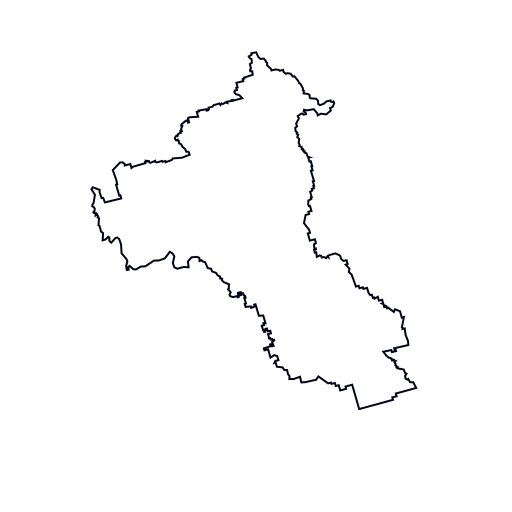 outline of Cootamundra-Gundagai, New South Wales, Australia, rotated 156°
{"feature_id": "25037944B16131127641558", "entity_name": "Cootamundra-Gundagai", "entity_type": "district", "adm_level": 2, "iso_a3": "AUS", "parent_name": "Australia", "parent_adm1": "New South Wales", "projection": "equal_earth", "projection_center": [148.025, -34.809], "detail": "fine", "context": "isolated", "style": "outline", "palette": "ink", "viewbox_px": 512, "rotation_deg": 156, "n_neighbors": 0, "source": "geoboundaries", "source_scale": "gbopen_adm2", "svg_char_len": 6143}
<svg xmlns="http://www.w3.org/2000/svg" viewBox="0 0 512 512"><g transform="rotate(156 256 256)"><path d="M173.0,442.0L177.8,443.1L178.2,441.6L181.4,441.3L181.3,439.5L180.0,437.6L181.2,434.2L183.5,433.8L184.3,429.5L185.8,428.4L186.1,427.1L184.3,426.3L185.3,422.9L194.3,423.8L194.5,422.8L196.2,423.0L196.5,420.9L203.5,422.2L204.2,417.5L205.6,417.7L205.9,415.4L208.1,415.8L209.2,414.2L208.6,412.1L205.8,409.7L204.4,405.7L214.0,407.3L213.8,408.1L214.9,408.3L215.0,407.5L219.9,408.8L220.0,407.4L221.7,408.7L224.5,408.3L225.5,409.4L227.1,408.4L227.4,410.2L233.5,411.0L235.0,410.1L238.9,410.8L239.1,409.5L240.3,409.7L240.4,408.6L242.0,408.9L241.8,410.3L249.2,412.2L249.3,411.3L251.5,411.7L252.2,406.7L260.4,409.8L262.1,409.6L262.8,405.3L263.9,405.5L263.5,407.9L264.8,408.2L270.6,406.5L271.4,405.4L270.5,404.7L272.9,402.3L272.9,400.2L274.4,400.8L274.6,399.1L277.3,399.2L279.0,397.4L279.7,398.3L281.8,397.3L282.4,396.0L282.0,394.2L280.3,394.1L280.6,393.3L279.7,392.8L280.4,390.2L278.9,388.4L278.7,385.5L277.2,382.5L277.3,379.7L275.2,378.6L275.4,375.5L283.7,375.9L292.3,379.0L293.8,378.0L300.4,378.4L300.2,379.6L303.1,380.1L303.2,381.1L308.3,381.7L309.6,382.7L309.4,384.0L314.2,384.0L315.4,384.9L315.2,386.3L317.7,387.7L317.6,386.7L319.2,387.0L319.4,385.8L331.9,387.6L334.0,387.0L333.4,391.1L339.1,392.1L338.5,393.3L339.7,395.8L342.2,396.7L351.9,392.7L352.7,382.4L353.6,377.9L354.8,378.1L356.4,366.8L355.2,366.6L355.7,363.4L372.2,366.4L372.0,371.2L373.5,371.7L373.0,377.8L371.9,380.0L377.2,385.2L379.2,383.9L378.2,377.5L382.9,370.4L384.8,369.2L385.3,367.9L384.2,366.6L384.1,364.7L385.3,362.7L386.7,362.2L386.5,361.0L384.9,360.3L386.0,358.3L384.2,358.7L384.2,356.0L384.9,355.7L384.1,354.3L387.4,348.1L386.7,347.1L387.6,341.3L386.4,339.1L389.7,332.7L386.6,332.3L383.1,333.7L382.5,332.5L383.8,329.3L382.8,327.1L376.9,329.6L375.2,329.3L374.1,327.0L374.6,321.4L377.7,313.2L375.6,305.9L375.7,303.4L378.6,299.8L379.7,295.8L378.0,295.3L377.0,297.9L375.5,298.4L373.4,293.8L371.1,292.5L365.6,293.2L361.3,291.6L351.1,293.3L346.5,291.4L340.2,290.9L333.0,294.9L331.1,292.0L330.8,288.8L334.8,283.4L335.2,279.0L333.1,276.4L326.6,275.4L322.2,273.1L320.4,278.7L315.4,281.0L310.3,279.2L308.5,277.4L309.6,274.4L307.5,274.4L307.4,273.2L305.0,271.0L305.0,264.6L302.3,262.7L302.3,259.6L299.4,256.9L298.9,253.9L297.2,251.8L297.9,250.1L296.2,249.0L297.0,247.7L296.1,245.3L292.2,241.1L294.2,237.2L295.0,237.0L293.9,233.1L296.0,231.3L295.8,229.6L293.6,227.8L289.4,227.0L289.6,225.8L288.4,225.7L288.3,226.9L285.3,226.4L285.1,228.0L287.9,228.5L287.5,229.7L284.6,229.2L284.9,227.6L283.0,227.3L282.9,223.9L282.2,223.7L282.5,222.1L283.8,222.3L284.5,216.7L285.8,216.8L286.2,213.7L281.3,212.1L281.5,210.5L277.6,210.5L277.4,212.3L276.1,212.1L277.7,200.2L273.6,198.7L274.7,190.7L276.5,191.6L276.8,189.6L279.1,190.0L279.7,185.4L279.1,185.3L279.4,183.3L278.5,183.1L278.3,184.4L277.0,184.1L276.8,185.6L275.5,185.3L275.9,182.4L273.4,181.9L273.8,179.3L276.8,179.7L277.4,175.7L278.3,175.5L276.4,175.2L276.6,173.8L275.1,173.5L275.3,171.8L274.0,171.6L273.5,173.0L273.7,171.5L276.3,171.0L276.5,166.7L278.2,167.1L277.9,169.2L279.1,169.5L279.5,167.7L286.4,168.4L286.6,166.4L282.9,165.8L284.1,157.3L279.5,158.0L277.3,155.8L277.9,151.7L281.0,152.3L282.7,150.8L281.4,150.6L282.0,146.4L277.0,143.4L276.6,140.5L274.0,139.1L274.8,135.2L274.3,132.5L275.6,130.0L271.8,128.3L264.9,127.8L266.0,122.1L262.7,120.8L251.4,118.5L248.0,120.6L241.9,110.3L239.0,109.9L239.1,108.5L235.6,107.9L236.0,104.8L233.0,104.3L233.7,98.9L227.7,98.0L227.3,100.3L220.5,99.3L224.0,74.2L189.3,68.9L189.0,71.4L184.6,70.7L184.2,73.5L163.3,70.3L163.7,76.7L166.5,78.0L166.9,81.7L167.8,81.4L169.2,83.0L168.6,85.8L166.4,87.2L167.4,88.6L167.2,92.2L172.5,95.9L171.8,96.9L172.9,97.4L172.4,98.2L173.1,99.6L172.4,100.2L172.6,102.5L171.6,103.1L172.6,103.3L172.0,104.8L172.9,105.8L174.1,105.3L174.4,107.9L176.1,109.2L177.5,112.0L178.6,116.8L170.6,115.0L170.9,112.9L166.7,112.2L166.6,113.4L167.6,113.6L167.3,115.5L153.1,112.7L151.7,116.4L151.5,122.8L149.6,129.3L151.6,129.7L151.0,130.3L151.8,131.4L145.7,140.1L147.9,140.4L146.9,146.9L150.7,150.8L152.8,148.8L156.2,154.9L157.5,154.8L157.2,157.0L158.7,158.7L158.9,157.0L159.6,157.1L159.2,160.1L160.1,161.2L159.1,161.0L158.6,164.7L161.9,165.3L161.3,169.2L165.1,168.8L164.9,170.1L166.3,170.3L165.9,173.5L167.6,173.8L168.2,176.6L167.5,181.7L171.3,182.3L171.1,183.9L174.6,184.5L174.3,187.0L177.1,187.4L176.2,200.2L177.7,203.6L175.8,206.4L177.6,211.6L175.5,211.5L175.0,215.3L178.1,215.9L179.5,218.9L179.0,221.5L179.7,223.1L182.5,226.1L188.6,227.0L190.2,226.9L190.4,225.5L190.9,226.5L192.8,225.5L194.2,227.4L196.6,227.8L196.4,229.7L197.7,230.6L200.8,230.4L199.5,234.9L200.9,235.2L200.4,238.0L198.5,237.7L198.3,238.6L199.7,238.9L199.1,240.8L198.3,243.1L196.0,243.4L195.4,247.3L200.5,248.2L199.5,255.5L197.2,255.2L196.8,258.4L198.8,266.5L194.0,273.3L190.5,272.7L190.1,275.1L187.0,274.6L186.3,279.9L187.4,280.1L187.4,281.8L185.6,285.4L182.3,285.6L182.1,287.2L181.2,287.0L180.4,292.6L178.0,292.9L177.7,294.7L175.5,294.3L175.2,296.6L174.3,296.5L173.7,301.1L172.5,300.9L171.2,311.5L169.5,311.2L168.9,315.4L168.1,315.2L167.4,320.2L168.8,320.5L168.2,324.5L166.9,324.3L168.4,325.6L168.1,329.2L169.2,330.2L169.0,331.4L169.7,331.4L170.4,334.2L169.5,333.9L169.6,334.7L170.7,335.2L169.9,337.0L171.8,338.8L170.9,339.8L171.0,342.1L168.9,345.2L169.9,347.9L168.2,349.6L169.1,351.1L168.1,352.0L169.0,353.9L168.1,357.1L165.8,357.7L165.5,360.6L160.8,364.3L161.0,366.9L156.7,367.6L155.5,367.1L155.1,365.8L152.6,365.3L152.4,366.9L153.6,368.7L152.7,370.1L150.1,368.3L143.5,366.6L142.0,361.5L142.3,359.4L138.9,359.6L134.2,356.8L128.6,358.4L128.1,361.1L125.4,361.0L122.4,363.8L122.3,365.6L123.9,365.7L124.9,366.8L124.6,367.8L128.8,368.6L132.3,367.5L136.2,367.8L137.3,369.5L136.2,372.6L137.1,375.2L142.1,377.9L142.5,378.8L141.6,381.2L142.5,382.8L146.4,385.2L145.1,387.5L145.8,388.5L144.9,390.0L145.4,395.4L146.3,396.2L146.2,398.6L147.8,404.6L149.4,404.9L150.1,408.3L152.8,410.2L154.8,410.4L155.9,412.9L155.6,415.0L159.0,415.6L159.5,416.8L162.4,418.5L166.4,419.2L166.3,421.0L168.3,425.7L167.2,428.0L168.1,429.5L167.7,430.4L168.6,433.2L171.8,434.2L172.9,436.8L173.0,442.0Z" fill="none" stroke="#020617" stroke-width="2"/></g></svg>